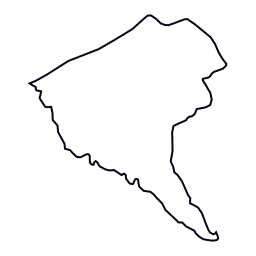 outline of Gadzi, Mambéré-Kadéï, Central African Republic
{"feature_id": "33826404B47432472160828", "entity_name": "Gadzi", "entity_type": "district", "adm_level": 2, "iso_a3": "CAF", "parent_name": "Central African Republic", "parent_adm1": "Mambéré-Kadéï", "projection": "robinson", "projection_center": [16.692, 4.858], "detail": "fine", "context": "isolated", "style": "outline", "palette": "ink", "viewbox_px": 256, "rotation_deg": 0, "n_neighbors": 0, "source": "geoboundaries", "source_scale": "gbopen_adm2", "svg_char_len": 2046}
<svg xmlns="http://www.w3.org/2000/svg" viewBox="0 0 256 256"><path d="M178.5,222.4L182.2,222.5L186.2,226.5L194.4,230.7L195.8,233.5L199.3,236.7L203.3,239.2L207.5,240.0L212.0,240.6L215.2,240.4L216.8,240.0L218.1,238.6L218.1,237.8L217.6,235.8L216.9,234.1L216.1,232.3L215.4,233.4L213.3,234.3L209.9,232.4L208.2,229.4L205.8,223.6L202.0,213.4L198.1,207.6L193.6,205.0L190.0,203.3L190.3,198.2L188.0,195.0L182.0,181.3L177.6,175.0L174.4,172.4L173.3,167.2L170.7,161.3L172.5,151.5L172.4,141.7L172.3,137.1L172.1,132.9L173.4,126.1L176.5,124.5L181.6,122.2L186.2,120.2L186.9,118.6L189.3,116.7L192.0,116.3L194.7,114.0L196.8,109.0L200.0,108.5L205.7,107.3L210.2,105.0L211.7,99.7L210.8,95.0L210.2,92.5L208.0,89.1L206.3,85.8L204.6,83.2L202.7,80.0L202.9,78.8L205.9,78.1L208.5,77.5L210.3,76.0L211.8,73.6L214.1,71.8L215.7,71.3L222.9,68.7L226.0,65.7L226.4,64.0L224.5,61.5L221.9,58.0L218.6,52.3L215.1,44.1L210.6,37.2L194.5,24.0L187.3,19.1L184.5,19.3L173.3,23.5L168.4,25.2L165.1,25.0L160.9,23.5L155.9,18.7L150.9,15.4L147.7,15.6L144.6,18.1L132.2,29.2L114.6,39.9L98.7,49.1L68.5,60.9L46.9,74.6L36.2,80.6L29.6,83.4L33.5,85.9L35.7,87.0L35.9,89.3L36.5,90.4L38.7,90.8L40.3,91.1L41.1,91.3L41.2,91.9L40.6,93.7L40.4,95.2L39.6,97.8L40.7,100.0L45.3,106.9L47.5,107.2L49.5,107.0L51.1,106.8L52.5,113.0L52.7,119.9L57.5,125.5L58.1,132.1L64.5,143.8L65.0,148.7L70.0,150.1L72.9,153.3L76.8,156.9L80.5,157.3L83.1,155.9L85.1,155.0L86.1,154.4L88.2,154.1L89.2,155.0L89.7,155.8L89.9,162.3L90.9,164.0L92.8,164.8L93.5,164.8L94.3,162.5L94.8,161.8L95.6,161.1L97.2,162.2L98.6,164.7L100.1,166.6L101.7,167.4L104.3,168.9L106.2,169.6L107.5,170.0L109.0,170.3L112.5,170.3L113.7,169.9L121.5,175.0L122.4,174.7L122.9,174.0L123.9,173.8L124.3,173.7L125.8,175.2L125.8,176.4L126.2,178.9L129.6,183.4L131.4,183.9L132.2,184.1L133.1,183.8L133.6,183.1L133.8,182.1L134.5,180.7L135.2,179.5L135.3,179.2L136.3,178.9L136.7,179.0L138.1,179.7L138.2,180.3L138.5,183.6L139.4,186.8L143.6,190.8L150.3,191.8L153.9,194.5L156.2,197.4L162.2,203.5L165.4,209.9L176.1,219.9L178.5,222.4Z" fill="none" stroke="#020617" stroke-width="2"/></svg>